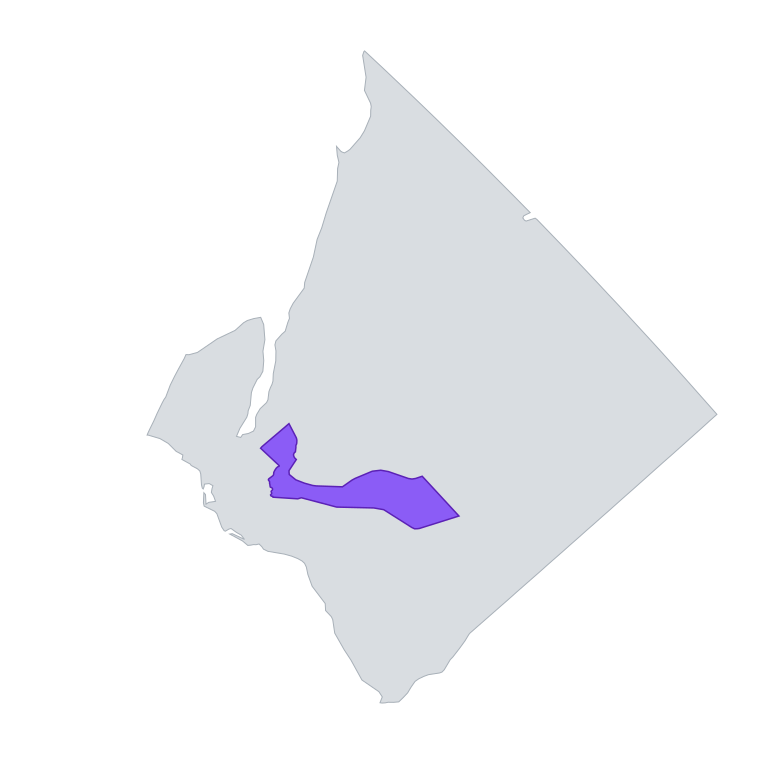 Al Jizah on a map of Egypt (orthographic projection), rotated 226°
{"feature_id": "EGY-1544", "entity_name": "Al Jizah", "entity_type": "Governorate", "adm_level": 1, "iso_a3": "EGY", "parent_name": "Egypt", "parent_adm1": "", "projection": "orthographic", "projection_center": [30.712, 29.007], "detail": "fine", "context": "in_parent", "style": "filled", "palette": "violet", "viewbox_px": 768, "rotation_deg": 226, "n_neighbors": 0, "source": "natural_earth", "source_scale": "10m", "svg_char_len": 4493}
<svg xmlns="http://www.w3.org/2000/svg" viewBox="0 0 768 768"><g transform="rotate(226 384 384)"><path d="M637.1,601.4L623.2,602.1L609.3,602.8L595.4,603.4L581.4,604.0L567.5,604.6L553.5,605.1L539.6,605.6L525.6,606.0L511.6,606.4L497.6,606.8L483.7,607.1L469.7,607.4L455.7,607.6L441.7,607.8L427.7,608.0L413.7,608.1L405.7,608.2L407.1,604.1L407.9,601.2L407.0,599.2L404.2,598.8L402.5,599.4L398.3,607.9L396.1,608.3L391.2,608.3L374.9,608.3L358.6,608.3L342.3,608.2L326.0,608.1L309.7,607.9L293.4,607.6L277.1,607.4L260.8,607.0L244.6,606.6L228.3,606.2L212.0,605.7L195.8,605.1L179.5,604.5L163.3,603.8L147.1,603.1L130.9,602.4L131.3,592.1L131.6,581.9L132.0,571.6L132.4,561.3L132.8,551.1L133.2,540.8L133.7,530.5L134.1,520.3L134.5,510.0L134.9,499.7L135.3,489.4L135.8,479.1L136.2,468.8L136.6,458.5L137.1,448.2L137.5,437.9L138.0,427.6L138.4,417.3L138.9,407.0L139.3,396.7L139.8,386.4L140.3,376.1L140.7,365.8L141.2,355.5L141.7,345.2L142.2,334.8L142.6,324.5L143.1,314.2L143.6,303.9L144.1,293.6L144.6,283.3L145.1,272.9L144.9,271.0L143.0,263.9L141.4,254.9L139.8,243.8L139.7,240.2L136.6,228.8L136.5,225.6L137.5,223.3L144.0,214.1L146.0,209.6L147.8,204.2L148.5,199.7L147.1,192.7L145.4,186.4L145.1,180.0L145.1,173.8L148.4,169.7L152.2,165.9L153.7,163.5L155.9,160.9L157.5,159.7L160.1,165.4L166.2,166.6L186.4,162.5L208.2,168.4L220.3,170.7L239.0,175.5L250.2,183.5L253.3,184.5L261.6,184.6L266.9,189.2L288.4,191.8L299.8,196.9L306.3,201.0L310.2,202.3L313.6,202.1L318.3,200.7L324.3,198.0L330.8,194.2L344.2,184.3L348.9,182.6L351.9,183.1L355.7,183.0L357.3,180.3L359.2,178.5L360.5,176.4L362.5,173.9L369.4,173.2L383.2,168.8L381.7,170.9L369.1,175.7L374.5,176.3L380.0,174.7L386.3,173.6L387.4,171.6L388.3,167.7L389.5,167.1L393.8,167.9L406.8,173.7L410.0,173.8L419.1,170.5L421.1,169.8L424.0,171.6L430.9,178.9L428.5,178.8L421.2,172.5L420.6,175.7L416.6,181.3L421.7,183.6L425.9,184.5L428.2,187.6L429.7,190.3L433.8,189.1L436.7,185.3L435.1,183.2L434.1,181.0L435.4,181.0L438.3,182.7L446.6,189.7L449.4,191.1L452.6,190.9L459.3,188.7L461.1,189.0L470.1,186.2L471.2,188.1L472.7,190.0L479.9,187.7L491.2,187.5L500.4,184.9L511.0,178.9L511.8,178.1L512.4,179.4L513.9,183.2L517.4,192.9L520.5,200.5L524.4,211.1L525.7,215.1L526.2,217.9L531.7,229.5L535.1,239.0L537.6,246.7L541.1,258.0L542.7,262.0L540.5,264.1L536.3,271.7L532.3,295.4L526.0,314.1L525.6,325.6L524.6,329.8L521.5,335.8L517.6,341.6L510.4,338.8L498.6,329.1L491.7,319.7L484.3,313.7L477.3,305.7L475.4,299.8L475.4,296.0L472.2,286.9L469.9,282.6L461.5,272.9L459.1,267.7L457.2,265.5L455.4,262.2L452.2,249.5L448.8,241.5L445.1,243.8L445.8,247.2L442.7,251.9L440.8,257.4L442.4,261.9L449.2,268.5L450.6,271.5L452.3,277.9L452.2,286.6L453.3,289.6L458.5,296.0L460.3,299.8L461.5,303.1L463.2,306.1L468.4,311.6L475.8,322.2L482.9,329.3L487.9,332.7L490.1,336.2L490.8,345.2L490.6,349.6L495.1,357.6L496.9,361.6L501.2,364.9L503.2,368.7L505.2,374.8L508.4,393.2L512.2,397.6L524.4,421.4L534.5,436.4L539.6,447.7L547.2,461.3L562.4,491.3L571.2,500.3L574.7,505.5L581.0,509.3L587.9,514.9L581.5,514.6L579.9,515.0L577.7,516.1L576.8,519.7L576.4,522.6L577.7,538.0L579.7,545.8L585.9,560.4L590.2,564.7L592.4,567.5L595.3,569.4L608.8,573.9L617.1,584.2L635.2,596.9L637.1,600.5L637.1,601.4Z" fill="#d9dde1" stroke="#a8b0b8" stroke-width="1"/><path d="M336.1,297.8L329.4,315.0L324.2,321.8L318.0,326.3L299.1,335.9L296.2,338.1L294.1,341.1L291.1,347.4L237.0,346.2L255.5,309.1L256.7,307.5L258.6,305.4L261.6,304.3L293.8,296.5L302.0,290.5L328.4,264.4L359.6,245.5L361.3,242.2L379.7,225.5L380.5,225.9L381.7,225.0L382.8,225.2L383.1,225.4L383.1,225.8L383.1,226.4L383.2,226.8L383.5,227.5L384.0,227.6L384.4,227.8L384.9,228.0L385.2,228.3L385.3,228.8L385.3,229.8L385.5,230.5L386.0,231.0L386.7,231.2L387.5,231.2L387.9,231.1L388.4,230.7L388.8,230.6L389.1,230.7L389.6,231.1L390.1,231.4L391.1,232.2L391.5,232.4L392.2,232.8L393.0,233.7L393.5,233.9L395.1,234.1L395.5,234.4L395.7,234.7L395.8,235.1L395.8,235.6L395.2,240.5L395.4,241.3L395.8,242.0L396.9,243.2L397.4,244.4L397.9,246.1L398.3,248.0L398.3,249.8L398.0,250.7L397.7,251.3L398.1,251.9L423.5,250.6L423.7,252.7L421.5,288.1L406.7,283.7L405.9,283.4L404.7,282.7L403.9,282.1L402.3,280.4L401.8,279.8L401.6,279.5L401.1,278.2L400.8,277.7L400.5,277.4L399.7,276.7L396.7,273.1L396.8,272.6L396.9,272.2L396.8,271.7L396.7,271.2L396.5,270.8L396.2,270.1L395.9,269.7L395.5,269.5L395.2,269.2L394.6,268.9L393.4,268.5L392.4,268.4L390.6,268.5L387.7,255.6L386.5,254.4L384.7,253.0L376.3,254.0L367.9,257.9L360.6,262.2L357.7,264.5L338.9,282.7L337.1,294.3L336.1,297.8Z" fill="#8b5cf6" stroke="#5b21b6" stroke-width="1.5"/></g></svg>